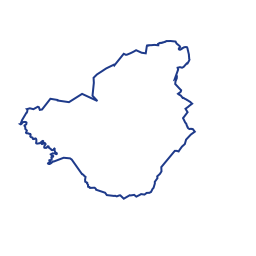 Quechultenango, Guerrero, Mexico (Natural Earth projection), rotated 60°
{"feature_id": "50627088B58610897814329", "entity_name": "Quechultenango", "entity_type": "district", "adm_level": 2, "iso_a3": "MEX", "parent_name": "Mexico", "parent_adm1": "Guerrero", "projection": "natural_earth1", "projection_center": [-99.221, 17.32], "detail": "fine", "context": "isolated", "style": "outline", "palette": "blue", "viewbox_px": 256, "rotation_deg": 60, "n_neighbors": 0, "source": "geoboundaries", "source_scale": "gbopen_adm2", "svg_char_len": 5588}
<svg xmlns="http://www.w3.org/2000/svg" viewBox="0 0 256 256"><g transform="rotate(60 128 128)"><path d="M76.9,43.6L73.9,47.7L73.8,47.9L73.1,49.2L72.8,49.7L71.9,51.3L71.9,51.8L71.9,52.1L72.0,52.3L71.9,52.5L71.9,53.0L71.7,53.2L71.7,53.3L71.7,53.6L71.6,53.8L71.6,54.3L71.6,54.5L71.3,55.0L71.2,55.2L71.2,55.4L71.3,55.6L71.2,55.9L71.2,56.3L71.0,56.6L70.8,56.7L70.8,56.8L70.6,57.2L70.5,57.4L70.5,57.6L70.4,57.6L70.2,57.9L70.2,59.7L70.2,59.9L70.7,60.0L71.2,60.2L71.5,60.4L71.3,60.7L70.9,61.3L70.4,61.9L69.2,63.6L67.9,66.5L66.5,69.0L66.8,69.2L66.1,70.3L66.8,71.0L68.2,72.1L72.2,75.3L69.7,78.5L64.7,82.1L64.7,84.7L64.6,86.8L64.4,89.0L64.0,92.1L63.6,93.2L61.6,94.6L67.0,108.6L66.1,108.6L65.5,117.1L66.1,128.1L67.3,132.7L71.8,135.0L82.3,142.6L89.3,141.0L75.5,150.7L76.1,166.2L69.0,175.2L68.5,175.0L63.9,180.6L69.0,193.2L68.2,195.3L65.4,194.8L64.5,195.5L64.4,200.5L61.9,203.1L61.2,205.8L61.1,206.1L61.5,206.0L62.0,206.1L62.4,206.3L63.0,206.8L63.5,207.2L63.8,207.6L64.0,207.9L64.1,208.0L64.0,208.3L64.2,208.7L66.0,211.9L68.2,215.8L70.8,219.0L70.7,219.4L71.1,219.2L71.2,218.8L71.2,218.5L71.2,218.2L70.9,217.5L70.6,216.8L70.5,216.0L70.7,215.2L71.3,214.1L71.8,213.5L72.3,213.2L72.6,213.2L72.9,213.4L73.9,214.3L74.0,215.2L74.0,216.0L74.1,216.4L74.3,216.5L74.8,216.6L75.8,216.5L76.9,217.1L77.2,217.3L77.5,217.4L77.9,217.3L78.3,217.2L78.7,217.0L79.3,216.9L79.7,216.9L80.2,217.5L80.8,218.3L80.9,218.6L81.1,218.7L81.3,218.7L81.5,218.6L82.1,218.2L82.7,217.1L83.7,216.5L83.8,216.3L83.9,216.0L84.1,215.8L84.3,215.6L84.5,215.6L84.8,215.6L85.1,215.7L85.5,215.9L85.7,216.2L85.9,216.4L86.2,216.7L86.4,216.8L86.7,216.8L87.1,216.7L87.4,216.6L87.6,216.4L88.1,215.9L88.6,215.5L88.9,215.5L89.1,215.6L89.7,215.8L90.0,215.8L90.1,215.7L90.3,215.4L90.5,215.1L90.6,214.8L90.6,213.9L90.8,213.3L91.2,213.1L91.6,213.1L92.0,213.2L92.5,213.3L92.8,213.5L93.1,213.7L93.5,213.9L94.0,214.2L94.5,214.7L95.1,215.1L95.4,215.1L95.6,215.0L95.9,214.7L96.4,213.9L96.5,213.6L96.6,213.1L96.9,212.6L97.0,211.7L96.9,210.8L96.6,209.4L96.5,208.6L96.6,208.2L96.9,208.0L97.2,208.1L97.4,208.3L97.4,208.6L97.4,209.0L97.5,209.5L97.5,209.9L97.7,210.3L97.9,210.6L98.1,210.7L98.5,210.7L98.8,210.6L98.9,210.3L99.2,209.8L99.2,209.4L99.2,209.1L99.1,208.7L99.2,207.7L99.3,207.6L99.6,207.5L100.2,207.4L100.6,207.4L100.7,207.5L100.9,207.6L100.9,207.8L101.1,208.1L101.5,208.8L102.0,209.6L102.8,210.2L103.0,210.3L103.3,210.3L103.6,210.0L103.8,209.7L104.1,209.2L104.3,208.7L104.4,208.4L104.2,208.0L104.1,207.7L103.9,207.4L103.7,206.6L103.8,206.4L104.3,206.0L104.7,206.1L105.2,206.3L105.6,206.3L105.8,206.2L106.4,206.0L106.9,205.7L107.1,205.5L107.5,205.4L108.2,205.3L108.8,205.2L109.1,204.9L109.3,204.7L109.5,204.3L109.5,204.0L109.5,203.7L109.4,203.1L109.1,202.7L109.0,202.0L109.4,201.9L109.8,202.2L110.1,202.5L110.3,202.7L110.7,202.8L112.9,203.1L113.3,202.8L114.2,202.3L114.3,202.3L114.5,202.4L114.7,202.6L114.9,202.8L114.9,203.0L114.7,203.3L114.3,203.6L114.0,203.7L113.9,203.6L113.2,204.2L113.1,204.5L112.9,205.1L112.6,205.5L112.3,205.8L112.3,206.2L112.3,206.6L112.2,207.2L112.2,208.0L113.7,207.7L113.8,207.6L114.2,207.4L114.5,207.1L114.6,206.9L114.8,206.8L115.2,207.0L115.3,207.1L115.4,207.3L115.2,207.9L114.9,208.8L115.0,209.0L115.7,209.3L115.9,209.3L116.2,209.3L116.6,209.4L116.7,209.5L116.8,209.6L117.0,210.0L117.1,210.4L117.2,210.8L117.2,211.0L117.0,211.3L116.8,211.6L116.7,211.8L116.6,212.0L116.6,212.3L116.8,212.4L117.1,212.4L117.4,212.3L117.6,212.2L117.9,212.1L118.2,212.1L118.4,212.3L118.6,212.4L118.7,212.6L118.7,212.8L118.7,213.1L118.5,213.3L118.4,213.8L118.4,214.3L118.5,214.5L118.7,215.0L118.9,215.0L119.0,215.0L119.3,214.8L119.6,214.5L120.0,213.8L120.0,212.0L119.4,209.6L119.9,209.2L121.6,198.6L125.3,193.4L127.2,192.5L144.9,190.9L145.0,190.6L146.6,190.0L147.7,189.8L149.1,189.2L150.8,190.6L151.1,190.9L153.1,191.9L154.6,190.9L155.0,190.7L155.5,191.2L156.1,191.1L157.3,191.0L158.3,191.7L159.0,191.9L159.8,190.9L160.4,191.1L160.9,190.9L162.0,188.7L163.0,186.8L164.5,186.3L165.5,186.5L172.6,180.2L175.5,179.9L179.9,174.0L180.2,173.1L181.6,171.9L182.0,169.4L182.3,168.5L182.6,168.3L187.1,167.0L187.1,160.1L187.7,159.5L189.0,156.1L191.6,155.1L191.8,151.4L191.8,149.7L193.9,147.0L193.7,145.2L193.5,144.4L194.9,141.7L194.8,140.5L194.9,140.0L193.1,137.3L192.6,135.8L189.5,132.5L188.0,131.7L186.2,127.6L184.5,126.9L183.7,123.3L182.3,120.7L178.5,118.7L171.2,98.9L172.2,97.2L173.6,95.9L172.8,94.4L171.1,90.6L170.3,86.8L167.1,83.5L165.1,76.9L164.6,72.0L161.4,72.4L160.7,73.1L160.6,73.5L160.2,73.8L160.0,74.2L159.9,74.7L159.7,75.2L159.1,75.6L158.7,75.8L158.2,76.0L157.2,76.1L156.6,75.8L155.6,75.9L153.3,75.4L152.0,75.7L151.4,75.7L149.1,75.5L147.0,75.4L146.7,75.0L146.5,74.2L144.1,68.5L140.1,68.6L139.7,65.1L139.4,63.6L139.0,60.3L137.2,60.9L136.5,61.0L136.0,61.4L134.4,62.2L133.5,62.7L133.1,63.0L132.9,63.0L132.1,63.5L131.4,64.0L131.0,64.2L130.2,64.7L129.7,64.8L129.4,65.6L126.4,66.0L124.2,67.3L123.4,67.6L123.3,66.9L123.2,65.2L123.1,64.9L122.9,64.1L121.9,63.1L119.2,63.8L113.5,65.1L111.4,63.6L109.3,60.9L108.7,60.5L109.0,61.5L109.1,62.9L109.1,63.2L102.5,55.4L101.6,55.2L100.6,54.9L101.3,52.6L102.5,51.3L102.7,51.2L102.8,51.1L102.9,49.3L101.4,44.7L101.9,44.3L101.3,43.2L101.0,42.7L100.7,42.3L100.4,41.7L99.8,40.9L99.4,40.5L98.6,40.4L97.9,40.0L96.8,39.5L96.7,39.5L96.0,39.1L95.5,38.9L95.3,38.8L94.8,38.5L94.3,38.4L93.8,38.2L93.4,38.1L91.7,37.6L91.4,37.4L90.6,37.3L89.8,37.0L88.6,36.6L87.4,36.6L86.6,37.8L86.1,39.2L86.2,39.6L86.1,40.4L86.0,40.9L86.2,41.0L86.3,42.0L86.4,42.3L86.3,42.7L86.3,42.9L86.1,43.6L86.2,43.9L85.5,44.5L84.9,44.5L84.5,44.1L84.4,43.9L84.3,43.5L83.9,42.4L82.8,42.3L79.1,43.7L76.9,43.6Z" fill="none" stroke="#1e3a8a" stroke-width="2"/></g></svg>